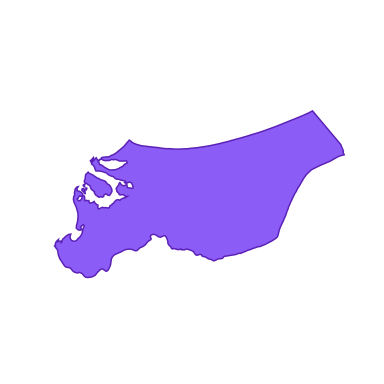 Rio Grande, Rio Grande do Sul, Brazil, rotated 231°
{"feature_id": "56859067B90726041469305", "entity_name": "Rio Grande", "entity_type": "district", "adm_level": 2, "iso_a3": "BRA", "parent_name": "Brazil", "parent_adm1": "Rio Grande do Sul", "projection": "orthographic", "projection_center": [-52.29, -32.209], "detail": "fine", "context": "isolated", "style": "filled", "palette": "violet", "viewbox_px": 384, "rotation_deg": 231, "n_neighbors": 0, "source": "geoboundaries", "source_scale": "gbopen_adm2", "svg_char_len": 6086}
<svg xmlns="http://www.w3.org/2000/svg" viewBox="0 0 384 384"><g transform="rotate(231 192 192)"><path d="M123.3,170.7L121.9,172.6L121.3,173.9L121.5,175.3L121.8,176.3L116.0,186.4L114.8,190.0L113.8,191.0L112.0,196.9L111.7,198.4L110.6,201.0L110.0,203.1L108.7,206.6L108.1,208.5L106.7,210.8L105.9,214.0L105.1,216.1L105.0,217.2L103.7,223.2L103.2,228.5L103.4,229.8L104.0,231.3L107.5,235.9L109.0,238.3L111.8,244.2L115.1,250.5L117.5,254.2L118.4,256.0L119.6,257.6L121.8,261.9L125.9,270.4L126.9,273.5L128.4,276.6L129.0,278.7L132.4,287.6L133.4,291.2L133.7,293.3L134.1,298.2L134.0,299.6L132.1,308.0L129.0,318.8L127.7,326.9L127.0,329.6L125.1,333.7L127.1,334.2L127.9,334.5L128.6,335.5L133.4,336.8L135.1,337.5L179.2,336.7L180.0,332.6L182.2,324.4L185.1,314.9L185.7,312.9L191.0,295.9L195.5,283.1L197.9,277.1L198.8,275.0L201.3,268.6L201.9,267.3L203.3,263.9L205.3,259.5L206.1,257.5L207.1,255.4L207.8,253.5L209.1,250.7L210.0,248.7L210.6,247.6L212.5,243.4L215.7,237.1L216.7,235.1L219.4,230.3L223.3,223.7L227.1,218.0L228.6,215.5L230.4,213.1L233.4,209.0L235.9,206.0L237.1,204.6L239.6,202.1L242.0,199.1L244.4,196.7L248.2,193.2L253.0,188.4L256.8,184.7L259.7,181.9L262.0,180.2L264.3,178.6L266.6,177.4L268.3,176.7L269.4,176.6L271.8,175.9L271.1,171.9L270.9,170.9L270.4,168.6L270.2,166.1L270.2,164.4L270.1,157.7L270.5,154.3L271.2,152.5L271.6,149.8L275.1,144.6L275.6,143.2L274.8,142.3L272.7,143.0L270.7,144.5L269.5,146.5L268.8,147.0L267.7,150.4L266.4,151.2L265.9,152.6L263.8,154.1L261.8,155.1L259.3,158.0L257.5,160.6L255.4,160.0L255.6,158.7L256.0,157.0L255.5,154.1L256.1,152.2L256.3,150.5L256.7,148.7L257.4,146.9L258.0,145.7L259.3,144.0L260.3,142.6L260.9,141.9L261.9,141.3L263.1,140.9L265.4,139.9L266.2,139.6L267.6,139.3L268.5,139.0L269.5,138.8L270.5,138.3L271.3,137.5L273.1,138.2L274.4,138.6L275.1,139.6L276.0,138.7L277.6,138.9L278.9,139.1L278.6,136.4L278.0,133.8L278.0,132.3L276.9,131.5L275.1,132.1L273.8,132.0L272.8,131.8L270.9,131.2L270.1,130.8L268.8,130.6L267.8,131.8L265.9,133.9L264.0,135.4L262.1,136.5L261.2,137.2L260.3,137.6L258.9,137.7L258.0,137.9L256.5,138.6L254.8,139.5L253.2,140.7L251.0,140.7L249.7,141.3L249.0,142.0L247.8,143.2L246.2,144.1L242.3,147.1L241.5,146.8L241.7,145.6L240.8,145.8L240.2,146.6L239.8,147.5L239.2,149.4L238.2,150.3L237.2,150.5L235.2,150.3L234.2,149.8L232.9,149.4L232.1,148.1L233.0,147.4L235.7,144.8L236.9,145.0L239.0,146.2L239.2,144.7L239.5,143.3L240.7,142.2L242.2,141.7L244.7,141.9L244.6,140.8L243.7,139.7L243.2,137.5L242.4,135.2L239.6,134.0L237.4,134.2L235.6,133.9L234.8,134.4L233.7,136.4L232.8,137.0L230.7,137.5L229.3,139.0L229.7,136.6L230.4,135.0L231.1,132.4L230.9,130.7L232.2,130.1L233.2,128.6L233.4,127.5L233.0,124.9L232.6,124.0L232.9,122.5L232.4,121.4L233.0,120.1L232.2,118.3L231.9,117.2L234.6,114.7L235.0,113.7L236.5,112.8L237.4,109.4L237.8,108.6L239.5,109.1L240.2,110.1L241.0,110.7L242.1,110.0L243.4,109.9L244.7,109.7L246.3,110.0L246.4,108.0L246.9,107.2L247.6,105.6L248.5,105.6L250.2,106.4L251.0,105.4L252.0,104.7L252.5,103.3L253.3,103.5L255.3,105.2L256.9,105.7L258.1,104.5L258.8,105.5L259.5,106.0L261.8,105.6L263.5,104.8L265.3,103.6L266.2,104.3L267.2,104.6L267.3,105.8L267.8,106.9L268.3,105.6L267.8,103.0L265.0,99.8L263.8,99.3L263.1,97.6L262.1,96.4L260.8,95.1L258.1,93.8L253.0,92.5L247.1,89.9L244.1,87.5L241.2,84.6L238.4,80.8L236.7,79.3L234.0,79.8L232.9,80.8L232.3,81.8L232.7,82.8L235.0,83.3L234.8,84.4L235.2,85.5L234.9,87.1L233.3,86.8L232.2,84.6L231.1,82.9L229.1,80.7L228.5,79.5L227.6,76.8L227.5,74.1L227.0,71.6L227.4,70.1L228.0,69.3L229.6,68.2L230.5,67.9L231.6,68.0L233.9,68.8L235.5,71.3L236.6,69.6L236.9,67.5L237.0,65.4L236.8,63.9L236.7,61.7L235.2,59.5L234.6,57.7L236.2,59.4L237.2,58.2L237.7,56.6L238.3,57.2L239.1,58.2L239.0,56.0L238.7,54.9L237.6,53.0L236.5,52.4L236.6,51.2L231.9,51.0L230.8,50.7L227.7,48.8L223.6,47.3L215.9,46.5L213.8,46.5L212.5,47.2L210.3,49.1L209.5,49.5L208.0,49.7L206.2,49.6L204.6,49.8L202.0,51.2L201.2,52.0L200.3,54.0L197.9,55.3L194.2,55.3L192.8,55.7L191.1,57.2L188.8,61.2L188.2,64.5L189.0,67.7L189.3,70.6L189.3,72.6L188.7,73.9L187.9,74.3L184.7,75.2L184.1,76.0L184.1,77.8L185.3,80.4L186.6,82.8L190.6,87.1L191.6,89.0L192.0,91.5L191.8,93.2L190.2,98.9L189.4,103.1L188.7,104.8L187.0,107.5L185.6,108.9L182.1,110.9L181.4,111.7L181.1,112.6L181.4,116.5L180.6,119.1L180.3,121.8L180.8,124.5L181.2,126.4L181.2,127.5L181.0,128.7L180.9,130.2L181.8,131.1L182.9,131.2L183.8,131.7L184.2,132.8L184.0,134.2L183.5,135.2L182.3,136.3L181.6,136.8L180.7,137.1L179.4,137.4L178.3,137.8L176.7,139.0L176.3,140.4L175.9,142.1L175.5,143.0L174.7,143.5L173.4,143.6L171.3,143.1L169.9,142.6L168.8,142.1L167.8,141.3L166.9,140.9L165.9,140.6L164.8,140.7L163.7,140.9L162.9,141.0L161.3,140.6L160.1,140.8L159.8,141.8L158.8,142.9L156.3,144.6L155.6,145.5L155.0,146.5L154.6,147.6L153.8,147.4L151.9,149.6L151.6,150.5L151.1,151.7L150.1,152.7L149.4,153.2L146.2,155.1L145.0,155.5L140.6,155.4L139.6,156.2L139.0,157.9L138.3,159.2L137.2,159.8L136.2,159.6L135.2,159.8L133.3,161.5L132.2,161.9L130.5,162.4L129.4,162.9L128.3,163.9L127.0,164.7L125.5,165.1L124.8,165.7L124.2,166.9L123.8,169.1L123.3,170.7ZM258.1,104.5L256.1,102.0L255.7,99.9L256.7,98.2L258.6,98.1L258.9,99.9L259.5,100.7L259.6,102.5L258.8,102.8L258.1,104.5ZM265.7,114.8L264.9,115.6L263.2,115.7L262.0,116.4L260.4,116.5L258.9,115.8L257.7,115.6L256.3,115.7L253.6,116.4L252.9,115.6L250.1,115.3L248.3,115.9L247.3,116.0L246.3,116.5L246.0,117.9L244.7,118.8L244.2,119.5L244.2,120.6L245.1,121.8L245.0,123.3L244.6,124.1L242.5,124.5L241.4,125.5L241.4,126.6L242.7,130.0L244.1,131.1L244.9,131.5L248.4,132.2L249.7,132.1L251.6,131.3L253.9,131.5L256.0,130.9L259.0,128.8L261.4,127.9L262.4,127.2L267.7,125.6L271.8,123.7L272.8,123.8L272.5,122.1L272.6,120.7L271.6,119.3L269.1,116.8L268.8,115.9L267.7,114.7L265.7,114.8ZM262.6,107.5L260.0,107.9L257.4,107.7L259.4,108.9L260.8,109.0L261.8,110.1L263.3,109.8L263.5,108.2L262.6,107.5ZM278.0,132.3L279.1,133.7L279.9,136.5L280.8,137.1L280.3,134.2L280.2,132.6L278.0,132.3ZM265.7,114.8L265.8,111.7L265.1,111.4L263.6,111.9L265.0,112.6L265.7,114.8ZM261.2,110.9L260.2,110.7L260.6,112.2L261.4,112.6L261.2,110.9ZM274.8,142.3L275.5,140.5L275.1,139.6L274.8,142.3Z" fill="#8b5cf6" stroke="#5b21b6" stroke-width="1.5"/></g></svg>